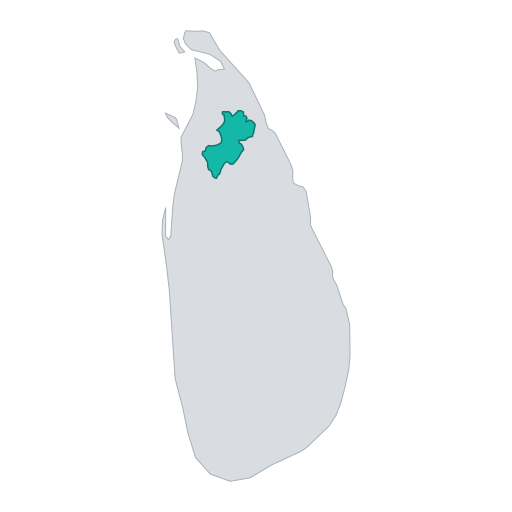 Vavuniyāva on a map of Sri Lanka (Equal Earth projection)
{"feature_id": "LKA-2456", "entity_name": "Vavuniyāva", "entity_type": "District", "adm_level": 1, "iso_a3": "LKA", "parent_name": "Sri Lanka", "parent_adm1": "", "projection": "equal_earth", "projection_center": [80.482, 8.836], "detail": "fine", "context": "in_parent", "style": "filled", "palette": "teal", "viewbox_px": 512, "rotation_deg": 0, "n_neighbors": 0, "source": "natural_earth", "source_scale": "10m", "svg_char_len": 2266}
<svg xmlns="http://www.w3.org/2000/svg" viewBox="0 0 512 512"><path d="M185.9,30.7L194.2,31.3L203.0,31.0L209.3,32.6L219.9,50.5L248.9,82.7L264.6,115.3L266.1,122.5L268.3,128.6L272.1,130.3L275.2,133.2L291.0,164.7L292.9,170.9L292.6,177.8L293.5,182.9L297.7,185.5L302.8,186.8L306.2,191.5L310.5,216.8L310.5,224.6L311.7,228.0L331.6,267.2L332.7,272.0L332.5,275.6L333.1,278.7L336.9,285.6L343.0,304.3L346.0,308.5L349.7,324.9L350.0,356.2L348.7,370.1L345.0,387.0L340.6,403.6L335.8,415.5L329.3,425.7L307.0,447.2L300.6,451.5L271.5,465.0L250.1,477.8L230.3,481.3L210.4,474.2L195.5,457.5L187.9,432.8L182.6,407.1L175.1,378.5L169.3,290.2L166.5,265.6L162.0,234.2L162.5,220.6L165.7,207.5L165.6,236.1L168.6,239.7L170.8,236.0L172.8,206.4L174.4,193.9L182.3,161.2L182.5,155.5L181.1,143.2L181.2,137.0L193.0,114.2L196.0,100.9L197.6,87.3L197.0,72.5L194.9,58.0L204.3,62.7L209.6,67.7L214.9,71.1L219.2,69.4L224.4,69.3L220.7,61.4L209.7,54.2L191.4,49.7L185.6,43.9L183.4,38.9L184.6,33.1L185.9,30.7ZM176.5,119.4L179.0,128.2L171.9,122.2L167.2,117.2L165.5,113.1L175.3,117.7L176.5,119.4ZM184.8,51.9L179.3,53.2L175.1,45.4L174.1,42.1L175.2,39.8L176.4,38.7L177.8,39.0L179.8,46.3L184.8,51.9Z" fill="#d9dde1" stroke="#a8b0b8" stroke-width="1"/><path d="M252.5,136.4L250.1,137.0L247.9,137.8L245.3,140.2L238.9,140.5L239.1,143.0L241.3,144.1L242.9,146.8L243.6,149.8L241.6,152.0L240.4,154.0L239.3,156.1L237.4,159.1L235.2,161.7L232.9,164.1L230.2,164.1L228.7,162.7L227.1,161.5L224.5,163.2L221.1,169.1L219.5,174.1L217.9,175.0L216.6,178.2L215.7,178.1L214.8,177.8L213.0,176.5L212.1,174.0L211.8,172.4L211.2,171.0L209.9,170.2L208.6,169.6L207.7,166.3L207.7,162.5L204.4,156.9L202.4,154.8L202.4,153.3L202.7,151.6L205.0,151.3L206.3,147.4L208.7,145.6L211.8,146.0L216.7,145.2L221.3,142.9L221.8,138.9L220.5,134.4L219.1,131.5L216.8,130.1L220.8,126.7L223.2,124.1L224.7,121.0L224.6,119.0L224.3,117.0L224.3,116.0L224.2,115.0L223.0,114.8L222.3,113.5L222.5,111.9L224.1,111.7L225.8,111.8L228.7,111.7L230.9,113.5L232.2,116.2L234.4,114.9L235.8,113.1L236.7,112.6L237.5,111.9L237.7,111.3L237.9,110.8L240.7,110.7L243.4,112.0L243.7,115.8L246.0,116.1L247.0,118.5L246.2,120.1L246.0,121.7L247.4,121.3L248.7,120.1L251.4,120.7L254.1,122.9L255.2,124.8L253.6,132.7L252.9,134.3L252.5,136.4Z" fill="#14b8a6" stroke="#0f766e" stroke-width="1.5"/></svg>